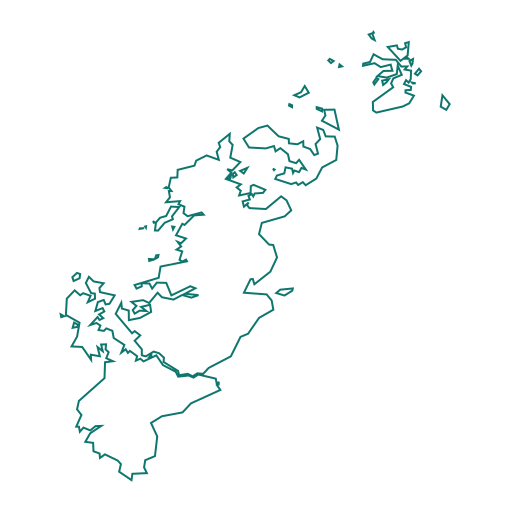 Nggela, Central, Solomon Islands (Robinson projection), rotated 89°
{"feature_id": "97153195B87016285227025", "entity_name": "Nggela", "entity_type": "district", "adm_level": 2, "iso_a3": "SLB", "parent_name": "Solomon Islands", "parent_adm1": "Central", "projection": "robinson", "projection_center": [160.166, -9.023], "detail": "fine", "context": "isolated", "style": "outline", "palette": "teal", "viewbox_px": 512, "rotation_deg": 89, "n_neighbors": 0, "source": "geoboundaries", "source_scale": "gbopen_adm2", "svg_char_len": 6081}
<svg xmlns="http://www.w3.org/2000/svg" viewBox="0 0 512 512"><g transform="rotate(89 256 256)"><path d="M375.2,321.4L372.3,316.7L372.9,310.9L367.1,305.3L355.9,282.9L336.6,272.9L333.6,265.3L317.9,254.0L310.0,239.6L300.8,241.1L294.6,246.0L292.5,268.7L279.2,261.9L278.9,259.6L284.2,258.1L271.9,241.9L257.8,235.0L245.3,238.6L244.8,242.7L234.2,252.6L223.0,249.6L216.9,226.7L211.0,220.0L200.9,224.5L196.8,229.8L209.2,245.3L208.0,261.7L204.8,264.2L202.4,262.4L206.5,267.2L201.2,268.4L199.4,261.2L195.8,262.5L194.0,259.2L196.4,257.7L193.5,256.3L193.0,247.9L190.0,245.5L184.8,257.2L186.1,260.0L192.9,260.3L195.2,271.8L190.5,270.1L187.1,274.1L184.1,269.9L178.4,284.8L172.2,279.2L168.7,283.3L170.0,278.2L161.8,270.0L157.2,280.0L144.5,277.4L140.9,280.7L133.4,280.1L142.2,291.3L146.5,289.9L151.1,293.5L159.2,291.5L154.6,303.6L159.6,314.1L164.6,316.0L168.5,332.8L176.1,333.3L176.3,339.8L185.9,342.1L189.6,339.4L189.5,342.0L195.8,341.0L200.7,345.0L199.8,331.0L202.9,332.6L205.4,326.7L211.9,327.7L215.0,323.7L211.5,309.6L213.8,307.6L214.3,317.1L223.7,326.9L222.5,329.1L233.9,335.6L237.3,325.7L242.0,330.7L240.5,334.1L245.2,330.7L248.2,335.3L250.1,329.7L258.5,332.5L260.3,329.7L258.4,326.0L260.1,325.1L264.9,351.6L276.1,353.7L282.9,377.9L286.5,376.0L284.4,370.8L281.2,370.9L281.7,363.0L286.8,360.4L280.9,355.6L281.3,346.2L293.9,341.3L285.1,322.2L287.2,317.2L292.5,327.7L294.1,314.2L296.5,321.3L293.7,330.5L298.1,339.2L295.6,350.8L291.0,355.0L301.1,363.7L298.2,369.7L299.7,381.3L303.8,376.4L307.9,380.2L311.5,378.3L308.6,373.3L309.1,366.6L304.9,371.8L302.9,362.8L310.1,361.8L315.9,373.1L317.9,384.2L308.3,384.2L306.2,391.0L300.4,391.5L311.4,397.3L331.1,381.3L329.0,378.6L333.3,373.1L338.6,378.8L347.3,371.8L353.3,371.9L354.4,367.9L349.8,360.0L351.6,354.5L356.1,349.8L360.3,350.3L369.6,335.9L373.9,335.0L372.6,326.4L375.2,321.4ZM477.9,384.4L471.6,383.4L471.2,368.9L465.4,371.6L458.2,370.3L454.3,360.5L434.7,357.9L421.1,363.9L414.6,352.9L411.1,332.2L402.2,323.6L389.3,294.0L384.6,297.2L377.9,298.4L373.5,315.8L376.5,320.6L374.3,325.5L375.3,335.9L370.3,338.3L363.5,350.9L353.6,357.4L359.4,370.3L356.7,373.4L358.5,377.9L354.1,376.6L348.7,383.7L350.6,385.8L347.0,387.9L350.2,392.3L342.6,389.2L335.5,399.7L328.3,400.9L325.8,406.9L328.2,409.4L327.3,414.7L322.8,412.8L320.2,416.7L322.1,422.9L314.3,415.5L317.2,413.6L315.5,409.8L311.7,413.9L308.8,408.6L305.4,410.3L308.2,417.6L299.3,414.9L297.3,409.0L301.8,407.2L301.2,403.3L292.9,398.0L289.4,412.6L285.3,413.1L280.6,408.8L278.6,418.8L273.9,423.4L280.0,426.6L290.3,421.5L290.8,417.8L295.9,417.7L299.3,425.0L292.9,422.1L290.2,429.5L292.2,432.5L287.2,437.9L295.3,445.9L311.6,447.1L319.6,433.6L333.5,436.3L343.2,442.0L343.9,431.4L356.9,422.7L351.8,422.9L353.5,413.9L344.3,416.0L348.5,410.9L341.8,412.4L341.7,407.5L346.8,408.0L349.6,405.0L355.6,407.5L358.7,400.9L359.6,408.8L375.5,409.6L397.8,435.6L406.2,437.6L411.9,433.3L423.5,438.7L423.6,436.0L428.6,435.2L424.6,431.5L427.5,424.7L423.3,419.4L423.2,413.7L430.4,424.9L438.8,429.9L440.0,422.1L448.4,421.9L450.7,415.9L455.2,415.5L451.7,410.5L458.1,397.9L461.7,394.7L469.3,396.6L477.9,384.4ZM186.1,205.1L179.6,194.3L168.6,188.3L161.4,174.1L147.1,172.5L138.0,175.2L137.6,184.2L131.1,186.6L128.7,192.6L140.2,189.8L145.1,194.5L154.7,192.2L156.1,196.0L150.0,200.0L147.4,206.7L142.1,206.8L145.0,212.6L143.9,221.1L139.5,221.2L136.7,231.3L125.8,242.3L128.1,251.4L138.4,266.5L147.4,261.1L148.6,244.4L146.4,236.1L151.7,234.6L148.6,229.8L154.8,222.3L161.7,220.9L163.9,214.3L160.6,211.2L170.4,204.7L168.7,209.0L172.9,211.5L171.2,216.1L173.6,217.5L169.3,218.4L167.9,224.9L173.9,226.3L175.9,233.7L179.3,235.4L184.7,219.6L183.2,214.6L185.7,212.6L183.0,207.9L186.1,205.1ZM114.7,133.2L109.1,106.7L106.0,100.1L98.4,95.3L95.2,103.7L92.9,103.6L92.6,98.3L89.6,98.0L86.7,105.0L82.8,102.9L85.3,100.4L81.8,98.2L73.4,97.7L72.1,104.1L69.1,101.4L69.1,107.4L62.3,112.8L61.5,125.9L56.4,134.9L64.0,138.6L65.5,145.4L67.7,145.7L65.3,134.1L69.3,128.0L67.0,118.0L73.2,116.4L73.2,125.3L78.2,131.4L79.9,122.2L76.6,112.1L68.1,111.0L77.4,107.1L80.8,115.6L85.8,117.9L89.7,115.9L104.0,136.5L112.5,136.4L114.7,133.2ZM131.1,170.9L111.0,175.0L111.0,185.4L116.6,184.1L121.9,187.7L131.1,170.9ZM63.4,108.1L58.1,100.9L44.8,99.5L45.8,103.2L50.0,102.3L52.1,106.3L51.3,110.5L47.9,111.5L49.3,120.6L63.4,108.1ZM228.9,353.5L221.2,346.7L217.8,338.5L214.9,339.3L205.7,331.9L205.1,340.1L214.4,345.1L216.1,351.3L220.7,355.4L228.7,356.6L228.9,353.5ZM98.2,209.7L93.7,200.4L86.9,204.3L93.1,208.2L95.9,214.9L98.2,209.7ZM113.2,63.2L107.5,59.7L98.6,66.8L109.9,68.7L113.2,63.2ZM296.0,228.2L291.3,220.3L289.1,219.8L290.1,232.4L293.4,236.4L296.0,228.2ZM277.8,438.8L275.2,432.8L271.0,432.1L269.8,435.3L274.0,440.0L277.8,438.8ZM87.2,125.9L84.6,122.5L81.6,120.1L82.9,126.8L87.2,125.9ZM112.5,187.5L109.8,187.4L108.2,192.7L110.0,192.7L112.5,187.5ZM42.2,133.6L35.4,136.0L36.5,139.4L40.5,136.6L42.2,133.6ZM324.6,440.6L323.8,436.2L321.9,434.8L319.4,439.0L324.6,440.6ZM64.4,177.7L62.4,175.0L60.2,178.8L61.7,180.3L64.4,177.7ZM78.2,91.3L74.2,87.7L71.6,89.7L76.5,93.9L78.2,91.3ZM170.6,270.3L173.3,266.8L167.7,263.1L170.6,270.3ZM177.0,277.3L174.7,273.9L171.9,275.8L173.7,277.7L177.0,277.3ZM68.4,97.4L66.3,96.2L61.8,95.6L63.8,99.2L68.4,97.4ZM259.1,362.8L257.5,357.6L257.1,363.1L259.1,362.8ZM86.6,134.7L81.3,130.6L80.0,132.5L84.4,135.7L86.6,134.7ZM68.5,169.7L67.9,166.7L65.9,169.1L68.5,169.7ZM313.7,451.8L312.9,448.9L310.9,452.3L313.7,451.8ZM226.9,371.9L226.2,367.3L226.3,371.7L226.9,371.9ZM257.2,357.1L255.6,354.0L253.3,353.5L253.6,355.8L257.2,357.1ZM107.8,217.4L105.9,217.3L104.7,220.0L106.2,220.4L107.8,217.4ZM178.1,282.9L178.0,280.3L175.4,279.7L178.1,282.9ZM225.1,339.3L228.0,338.5L225.4,337.1L225.1,339.3ZM186.3,345.7L186.8,342.6L185.5,344.4L186.3,345.7ZM219.4,358.4L221.0,357.5L220.5,356.8L219.4,358.4ZM86.3,96.1L86.1,93.3L85.3,97.0L86.3,96.1ZM383.7,297.1L383.8,295.6L381.1,295.4L383.7,297.1ZM354.7,364.0L354.4,362.4L352.9,362.4L354.7,364.0ZM61.4,102.4L61.5,99.9L60.5,101.0L61.4,102.4ZM224.6,366.3L225.7,365.6L224.4,365.4L224.6,366.3ZM169.0,237.5L170.5,236.5L169.9,235.9L169.0,237.5ZM35.6,135.8L34.9,134.3L34.1,134.7L35.6,135.8Z" fill="none" stroke="#0f766e" stroke-width="2"/></g></svg>